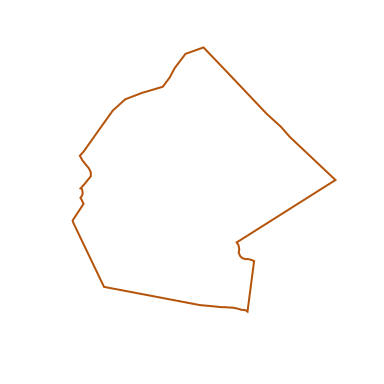 the district of San Juan Bautista Jayacatlán, Oaxaca, Mexico, rotated 303°
{"feature_id": "50627088B83375610183183", "entity_name": "San Juan Bautista Jayacatlán", "entity_type": "district", "adm_level": 2, "iso_a3": "MEX", "parent_name": "Mexico", "parent_adm1": "Oaxaca", "projection": "albers", "projection_center": [-96.822, 17.437], "detail": "fine", "context": "isolated", "style": "outline", "palette": "amber", "viewbox_px": 384, "rotation_deg": 303, "n_neighbors": 0, "source": "geoboundaries", "source_scale": "gbopen_adm2", "svg_char_len": 1110}
<svg xmlns="http://www.w3.org/2000/svg" viewBox="0 0 384 384"><g transform="rotate(303 192 192)"><path d="M264.4,110.2L247.8,96.0L233.4,85.5L217.1,81.2L197.4,80.3L189.4,80.0L177.1,79.5L167.2,79.1L161.3,78.2L161.0,78.9L158.9,82.7L156.7,89.3L155.8,92.3L153.6,96.2L151.4,97.8L150.5,98.2L150.4,98.3L150.1,98.5L149.7,98.5L140.7,97.6L139.4,97.5L138.3,97.2L137.6,97.1L137.1,97.0L136.7,97.0L135.3,96.8L134.3,96.6L134.5,98.1L132.2,100.5L131.3,100.9L130.5,101.4L130.2,101.4L128.8,101.8L126.4,101.6L126.2,101.9L125.7,103.0L125.1,104.0L124.4,105.2L123.1,107.5L103.1,107.4L101.6,109.1L64.5,169.9L101.3,259.9L107.1,270.9L111.7,279.9L113.7,282.8L114.3,284.2L115.8,286.8L117.1,288.9L118.9,293.4L119.8,296.3L119.9,297.0L120.7,298.7L121.3,299.5L121.7,300.7L122.1,302.0L121.9,303.7L167.9,281.7L167.3,278.6L166.4,275.7L164.8,273.4L164.0,270.5L164.3,267.8L165.3,265.9L166.8,264.1L169.6,262.9L171.3,261.3L172.6,260.1L173.2,259.0L174.0,256.9L280.2,305.8L291.4,244.3L295.1,231.1L298.2,212.2L303.4,190.5L311.0,159.0L319.5,122.9L304.3,111.3L286.5,110.0L276.0,110.9L264.4,110.2Z" fill="none" stroke="#b45309" stroke-width="2"/></g></svg>